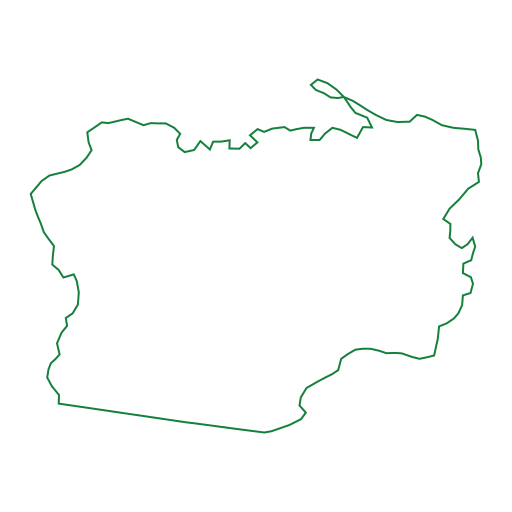 Fortim, Ceará, Brazil
{"feature_id": "56859067B63488334725218", "entity_name": "Fortim", "entity_type": "district", "adm_level": 2, "iso_a3": "BRA", "parent_name": "Brazil", "parent_adm1": "Ceará", "projection": "orthographic", "projection_center": [-37.861, -4.461], "detail": "fine", "context": "isolated", "style": "outline", "palette": "green", "viewbox_px": 512, "rotation_deg": 0, "n_neighbors": 0, "source": "geoboundaries", "source_scale": "gbopen_adm2", "svg_char_len": 2142}
<svg xmlns="http://www.w3.org/2000/svg" viewBox="0 0 512 512"><path d="M478.9,181.9L478.0,173.1L481.3,164.3L480.8,157.5L478.3,149.4L478.0,140.7L475.2,129.9L464.9,128.8L453.3,127.8L441.9,125.2L432.2,119.8L424.8,116.6L417.0,114.9L409.6,121.7L397.4,122.0L386.4,120.0L376.5,115.3L368.1,110.5L360.8,105.8L352.7,100.8L343.9,97.0L350.7,107.1L355.4,112.9L367.2,117.7L372.0,127.5L363.0,127.1L357.0,137.9L349.4,134.2L340.5,129.8L332.4,127.8L325.0,133.6L319.6,140.0L310.5,140.0L311.2,133.6L313.9,127.8L303.8,127.8L296.7,129.1L290.3,130.6L284.5,127.1L272.2,128.6L264.1,131.9L257.6,129.1L250.0,135.3L257.4,142.4L250.6,148.1L245.2,143.1L239.5,148.7L229.4,148.5L229.7,140.3L221.3,141.6L213.1,141.7L209.9,149.5L200.4,141.1L194.1,150.0L184.7,152.1L178.2,147.1L176.8,139.9L180.2,133.8L174.2,127.8L165.8,123.4L158.0,123.4L150.9,123.1L143.5,125.2L136.8,122.4L128.0,118.7L121.7,120.0L108.4,123.1L101.7,122.4L95.9,126.5L87.3,132.3L88.6,142.3L91.6,150.2L86.5,157.8L79.8,164.9L71.7,169.4L64.7,171.8L49.5,175.5L41.7,180.9L30.7,194.0L33.0,201.8L35.3,209.9L38.3,217.7L40.8,223.5L43.8,232.2L48.6,238.9L54.0,246.1L52.9,255.2L52.3,264.6L58.7,270.0L63.4,277.5L73.8,274.4L76.8,281.2L78.8,292.3L77.9,304.5L72.7,313.3L65.8,318.0L67.1,325.8L61.6,332.6L57.0,343.3L59.6,354.5L55.3,359.2L50.8,363.3L48.5,369.4L47.2,377.5L51.9,386.3L59.0,395.0L58.7,403.6L186.6,422.4L195.3,423.4L232.4,428.4L264.3,432.5L271.6,431.2L289.4,425.0L301.1,419.1L305.8,412.6L299.5,405.5L300.8,397.4L306.5,388.0L318.0,381.4L326.1,377.1L332.2,374.1L338.2,370.1L341.2,358.8L348.3,353.8L355.3,349.7L363.1,348.7L370.8,348.8L379.3,350.8L386.4,353.2L395.4,352.9L401.9,353.4L411.6,356.8L419.3,358.8L426.1,357.5L434.1,355.5L437.8,338.7L439.1,326.4L446.6,323.4L454.0,318.4L458.4,313.3L462.1,305.2L462.9,295.4L470.5,293.0L473.0,283.7L470.9,277.2L462.9,273.1L463.4,263.6L471.2,260.2L473.0,253.1L475.2,246.7L472.6,237.7L467.5,244.3L461.8,248.1L455.4,244.3L449.6,238.0L450.3,230.5L450.4,224.0L443.3,219.0L449.6,208.6L459.1,199.5L468.3,188.6L478.9,181.9ZM343.9,97.0L336.5,89.6L327.5,83.2L317.6,79.5L310.9,84.9L315.9,90.0L324.3,93.4L330.5,97.4L337.8,98.0L343.9,97.0Z" fill="none" stroke="#15803d" stroke-width="2"/></svg>